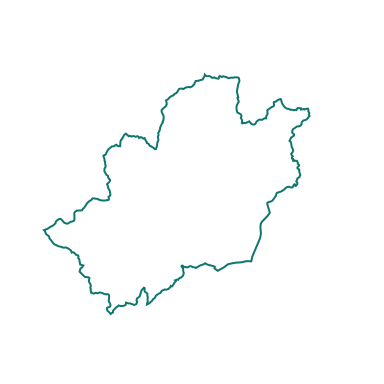 Hoanh Bo, Quảng Ninh, Vietnam (Albers equal-area conic projection), rotated 324°
{"feature_id": "81297802B7752291855220", "entity_name": "Hoanh Bo", "entity_type": "district", "adm_level": 2, "iso_a3": "VNM", "parent_name": "Vietnam", "parent_adm1": "Quảng Ninh", "projection": "albers", "projection_center": [107.022, 21.107], "detail": "fine", "context": "isolated", "style": "outline", "palette": "teal", "viewbox_px": 384, "rotation_deg": 324, "n_neighbors": 0, "source": "geoboundaries", "source_scale": "gbopen_adm2", "svg_char_len": 6032}
<svg xmlns="http://www.w3.org/2000/svg" viewBox="0 0 384 384"><g transform="rotate(324 192 192)"><path d="M149.5,108.3L145.6,110.0L144.1,111.0L141.9,110.5L141.5,110.7L140.6,113.8L139.6,115.3L139.6,116.5L138.9,117.1L137.1,120.7L134.9,121.7L133.3,123.8L132.9,127.7L133.5,129.4L132.8,130.9L132.6,131.8L132.9,134.0L132.2,134.7L130.4,135.4L127.8,135.7L127.5,137.6L126.5,139.7L126.3,142.3L124.7,145.7L123.8,146.8L121.7,146.8L120.8,148.7L120.2,149.3L119.8,149.3L116.5,147.7L114.1,145.9L112.2,143.7L111.9,142.5L111.5,142.1L108.2,138.9L107.6,138.7L106.4,139.2L102.5,139.1L100.2,139.5L97.9,140.5L95.6,141.3L93.8,141.5L92.3,142.2L87.9,139.4L86.0,139.2L84.4,139.9L80.6,145.3L79.8,145.9L77.7,145.5L76.2,144.7L73.6,144.7L72.1,144.1L70.6,141.7L70.1,137.0L69.5,136.3L68.4,135.7L65.3,135.7L64.4,136.0L63.5,136.8L62.8,137.1L60.2,137.5L57.4,137.0L53.3,136.8L49.8,135.9L50.1,137.2L49.2,140.1L50.1,143.3L50.1,144.3L49.5,145.7L49.7,152.8L52.0,157.3L54.3,159.9L54.3,160.4L55.5,161.6L57.3,162.7L58.3,164.2L59.7,167.9L59.1,170.3L60.1,170.5L60.8,171.5L61.4,174.9L62.6,176.4L62.3,177.4L61.3,178.4L61.1,179.1L61.3,180.1L58.9,184.9L60.9,187.6L58.4,188.5L56.8,188.3L54.2,190.4L55.4,197.7L58.0,200.1L58.5,201.1L57.5,202.3L56.2,203.3L55.7,205.2L55.7,206.5L55.1,208.4L53.5,209.6L53.1,210.9L52.1,212.1L52.0,213.2L51.2,214.1L52.8,216.5L54.9,217.0L56.1,218.5L58.0,218.9L59.4,220.1L61.6,223.7L64.1,225.5L64.2,226.6L63.7,227.8L60.4,231.4L60.2,233.8L59.7,235.3L59.4,235.8L58.6,236.4L57.6,236.5L55.4,235.7L54.4,236.7L53.8,238.3L54.5,241.2L54.4,242.8L57.3,242.9L58.4,241.6L62.7,240.8L63.7,240.8L64.9,241.0L65.8,240.6L68.0,243.0L71.0,244.3L72.0,244.3L73.6,242.7L75.1,244.8L76.5,245.8L78.9,249.5L81.0,249.9L83.1,248.7L83.3,247.2L84.9,245.8L88.2,245.8L93.4,241.9L96.8,241.1L97.2,241.6L97.1,242.1L95.8,243.6L95.3,244.7L95.4,245.4L96.0,247.0L96.0,248.4L94.9,249.6L94.3,251.3L92.8,252.9L92.1,254.3L90.2,255.7L89.5,256.5L92.2,257.0L94.0,256.6L95.6,256.6L97.4,255.9L100.1,255.7L101.7,254.7L105.5,254.7L106.9,255.1L109.4,254.2L112.2,254.6L113.8,255.9L116.0,256.6L118.7,256.1L119.7,255.5L120.2,256.6L121.1,256.5L123.0,255.8L123.4,255.4L126.6,254.6L126.8,254.2L126.6,253.6L128.4,254.1L129.1,254.9L130.1,254.4L131.9,254.4L132.7,254.8L135.6,254.4L137.7,252.8L138.2,251.2L139.9,248.5L139.7,246.1L140.3,245.7L140.7,245.7L141.2,246.1L141.1,247.0L141.5,248.0L142.2,248.3L142.8,249.2L144.0,250.3L146.7,250.8L147.2,251.1L148.0,252.1L148.6,253.4L150.2,254.9L150.4,255.7L155.7,256.3L158.9,257.3L160.8,257.4L161.3,258.8L162.1,260.1L165.7,264.5L166.5,265.9L165.2,267.2L165.7,268.2L166.5,270.9L173.7,271.7L178.5,271.6L179.7,272.0L185.7,274.8L190.4,277.8L195.1,279.8L199.3,282.9L202.8,279.7L218.9,270.0L220.8,268.6L223.2,266.3L226.8,260.5L228.9,258.2L230.6,257.3L239.7,255.6L242.7,254.5L243.4,252.9L245.4,247.0L246.0,245.7L246.7,245.0L247.6,245.1L250.8,246.2L252.0,246.2L257.2,244.6L259.8,242.7L260.2,242.6L264.5,244.0L267.8,244.2L270.3,243.8L272.0,243.9L273.2,244.5L275.2,246.9L275.8,247.3L276.9,247.1L278.4,246.1L279.4,245.9L279.6,246.0L279.8,246.5L279.3,247.4L279.4,248.0L279.9,248.1L281.8,247.5L282.7,246.4L282.5,245.0L282.8,244.5L284.0,244.0L285.0,243.1L285.8,242.9L287.7,243.1L288.8,242.2L289.5,242.0L289.8,241.6L290.7,238.5L291.9,237.0L291.3,235.2L291.4,234.4L291.9,234.0L294.0,233.6L294.5,233.2L294.2,231.3L294.9,230.5L295.1,228.4L294.4,227.7L293.5,227.3L292.2,226.3L292.3,225.8L293.3,225.3L293.2,224.6L292.6,224.0L292.6,223.7L293.2,222.8L294.5,222.4L294.3,220.8L294.7,219.4L296.8,218.9L298.3,217.9L298.6,217.2L299.2,214.0L300.9,210.8L301.3,209.5L300.9,208.0L304.1,206.3L307.7,206.3L308.3,205.7L308.4,205.2L308.0,203.5L308.0,202.7L308.8,201.8L310.4,200.6L315.4,200.7L317.5,201.9L318.8,202.1L320.5,201.5L321.8,200.0L324.1,199.6L325.9,200.4L327.5,200.6L331.8,199.6L332.0,198.1L333.4,197.0L333.5,195.2L334.7,193.7L334.8,193.2L334.8,192.7L334.4,192.3L331.6,191.4L331.5,190.8L328.6,189.3L329.3,188.3L327.1,186.4L326.7,186.2L324.6,187.1L323.8,186.1L322.7,186.0L321.0,183.9L320.1,183.5L319.1,181.6L317.8,180.4L317.1,178.8L316.8,177.3L316.9,174.0L317.3,172.2L318.4,169.4L318.4,169.0L318.0,168.7L315.5,168.0L312.8,168.1L311.3,167.4L310.6,167.8L309.4,170.0L308.5,170.5L307.7,170.5L306.2,170.1L301.0,170.1L299.2,173.0L298.4,173.6L296.6,174.3L295.3,176.0L293.9,175.0L291.1,174.8L289.4,173.3L288.6,172.9L285.5,173.0L283.4,174.1L282.0,174.0L281.1,173.4L280.0,171.6L279.8,168.5L275.7,167.7L274.4,166.4L273.1,166.1L272.9,165.4L274.3,163.9L274.8,163.1L275.1,160.7L276.5,159.9L277.0,158.8L277.1,158.0L276.8,157.1L275.5,154.4L275.5,153.9L276.2,152.1L277.2,150.4L278.2,149.1L280.8,147.3L282.9,146.5L284.0,142.7L284.9,142.8L287.4,137.0L292.4,132.3L295.7,130.0L296.9,127.4L296.8,126.9L296.0,125.8L293.8,124.3L292.7,123.8L290.8,122.4L288.8,121.6L288.2,121.2L287.6,119.7L285.6,117.1L284.7,116.5L283.8,116.6L282.7,114.5L281.9,114.6L280.3,115.9L279.8,115.8L278.2,113.9L277.5,112.5L275.3,111.5L275.2,110.4L274.5,108.9L274.0,108.2L272.5,107.4L272.0,106.8L271.4,105.5L271.3,104.6L270.1,105.9L268.2,106.4L267.8,106.9L266.6,107.3L264.4,106.3L263.1,106.0L260.2,104.4L257.9,105.5L257.2,106.3L255.8,106.2L254.9,106.7L252.2,106.4L251.5,105.3L250.1,104.7L249.1,104.0L246.2,103.6L245.6,103.7L244.4,102.2L242.6,101.2L241.7,101.1L239.2,102.3L237.2,102.8L235.7,102.4L233.4,102.9L232.8,102.5L230.1,102.2L226.8,102.9L224.9,102.6L223.3,106.1L222.1,106.6L221.7,107.2L217.0,107.5L215.6,107.9L214.6,109.2L213.6,114.1L211.9,116.2L210.6,117.4L209.8,117.6L209.3,118.6L207.9,119.0L204.0,121.2L203.0,122.5L202.1,122.9L201.2,123.7L199.3,124.4L198.4,126.3L197.0,127.0L195.5,130.0L194.5,130.9L193.4,131.3L190.8,134.1L188.0,136.0L187.2,135.5L186.6,133.0L185.6,130.7L185.0,130.0L185.2,127.5L184.3,125.9L184.8,124.8L184.6,124.1L185.4,120.6L184.0,120.2L183.8,119.8L183.8,119.0L182.9,117.6L181.0,117.3L181.2,116.0L180.7,114.9L179.9,114.4L178.9,114.2L177.5,112.3L175.5,111.4L174.6,109.9L173.6,109.7L172.8,105.9L170.7,106.0L169.3,106.6L168.4,107.3L167.1,107.5L166.0,108.2L165.0,108.2L163.6,109.3L160.8,112.7L159.3,111.6L158.8,110.7L158.5,109.2L158.1,109.0L156.0,109.2L154.0,108.1L149.5,108.3Z" fill="none" stroke="#0f766e" stroke-width="2"/></g></svg>